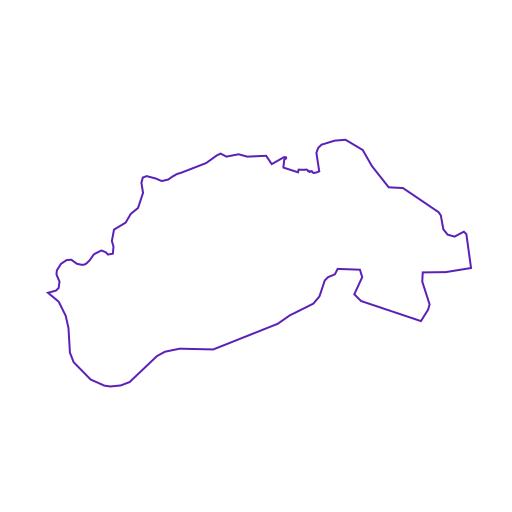 the district of Limerick City North Lea-7, Clare, Ireland, rotated 351°
{"feature_id": "5873133B71721430029846", "entity_name": "Limerick City North Lea-7", "entity_type": "district", "adm_level": 2, "iso_a3": "IRL", "parent_name": "Ireland", "parent_adm1": "Clare", "projection": "albers", "projection_center": [-8.651, 52.672], "detail": "fine", "context": "isolated", "style": "outline", "palette": "violet", "viewbox_px": 512, "rotation_deg": 351, "n_neighbors": 0, "source": "geoboundaries", "source_scale": "gbopen_adm2", "svg_char_len": 1950}
<svg xmlns="http://www.w3.org/2000/svg" viewBox="0 0 512 512"><g transform="rotate(351 256 256)"><path d="M44.8,259.8L54.0,270.3L58.7,285.3L59.5,298.0L57.1,322.4L59.3,332.4L73.3,352.1L85.9,360.3L91.8,362.1L102.1,362.7L111.5,360.7L142.6,339.3L151.1,336.3L166.1,335.6L199.1,341.6L267.0,326.3L279.9,320.0L305.2,312.0L312.3,305.9L320.1,290.9L323.8,288.2L331.1,286.4L334.6,281.5L356.5,285.8L357.6,293.5L347.1,309.2L352.7,316.9L408.7,346.1L417.6,335.9L419.9,330.9L416.2,307.4L418.1,298.3L441.0,301.6L466.5,301.5L467.2,267.4L465.1,264.5L455.2,267.9L448.6,264.9L445.2,258.9L444.9,244.8L443.1,241.2L411.8,211.9L397.8,208.9L384.5,185.2L378.0,168.0L362.6,155.2L352.3,154.4L350.9,154.5L338.1,156.3L334.3,159.0L331.8,163.5L331.7,182.3L328.6,183.0L326.5,182.9L326.2,183.1L325.6,182.9L324.6,181.8L324.6,181.6L324.7,181.3L324.7,181.2L324.2,180.9L323.9,180.8L323.5,180.8L323.1,180.9L323.0,181.0L322.9,181.1L322.7,181.2L322.3,181.3L322.1,181.4L321.8,181.1L321.7,181.0L321.5,180.4L320.9,180.5L320.8,180.4L320.5,179.6L320.1,178.9L318.7,178.4L317.5,178.5L311.6,177.4L310.6,179.9L297.0,173.0L297.1,171.8L297.2,171.4L297.4,171.0L299.0,165.2L299.7,164.9L300.0,164.7L300.2,164.4L300.4,164.3L300.6,164.3L301.0,164.3L301.1,164.0L301.1,163.6L301.1,163.3L299.3,162.7L285.9,167.7L281.7,158.6L262.9,156.5L254.8,152.8L242.3,153.2L237.0,149.3L235.6,149.8L233.1,150.5L221.3,156.4L194.5,162.2L193.1,162.3L192.7,162.4L190.2,162.8L187.8,163.9L187.4,163.8L181.1,166.8L174.9,167.2L173.4,166.5L169.4,163.9L160.5,160.0L156.5,160.8L154.3,165.6L154.3,176.0L147.0,190.1L138.9,194.8L132.5,202.6L119.9,207.7L116.0,218.6L116.7,224.4L115.0,231.3L110.3,231.4L110.0,231.4L108.4,229.0L105.6,227.2L105.0,226.9L104.8,226.7L103.9,226.4L96.9,228.7L96.4,229.0L95.7,229.4L91.2,234.1L87.4,236.8L86.6,237.2L84.3,237.7L82.1,237.3L77.9,235.7L73.0,230.8L68.3,230.4L62.2,233.2L57.1,239.0L56.2,242.3L56.1,243.3L57.9,250.5L56.1,256.7L53.0,258.9L44.8,259.8Z" fill="none" stroke="#5b21b6" stroke-width="2"/></g></svg>